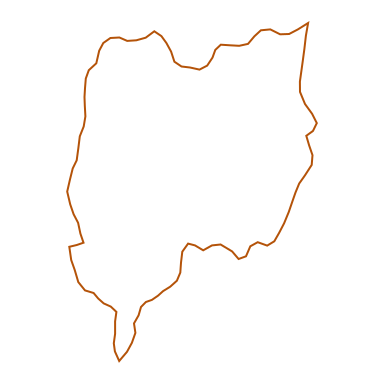 Capim Branco, Minas Gerais, Brazil
{"feature_id": "56859067B81738961349319", "entity_name": "Capim Branco", "entity_type": "district", "adm_level": 2, "iso_a3": "BRA", "parent_name": "Brazil", "parent_adm1": "Minas Gerais", "projection": "equal_earth", "projection_center": [-44.169, -19.58], "detail": "fine", "context": "isolated", "style": "outline", "palette": "amber", "viewbox_px": 384, "rotation_deg": 0, "n_neighbors": 0, "source": "geoboundaries", "source_scale": "gbopen_adm2", "svg_char_len": 1415}
<svg xmlns="http://www.w3.org/2000/svg" viewBox="0 0 384 384"><path d="M119.2,361.0L127.0,351.8L131.9,342.8L135.4,332.9L134.0,323.4L138.6,315.3L141.0,307.0L145.9,302.0L151.9,299.9L158.0,295.7L163.1,291.1L170.2,286.7L176.9,280.7L180.3,272.6L181.0,262.7L182.3,251.7L188.1,243.6L195.0,245.4L203.2,250.3L212.0,245.4L220.6,244.5L232.1,251.4L238.6,259.0L246.0,256.3L250.3,246.3L257.7,242.2L267.2,245.6L274.3,241.3L279.1,232.9L284.1,223.3L288.8,211.9L292.5,201.1L295.5,192.5L299.2,183.5L305.0,175.3L311.7,164.9L312.5,155.2L309.1,145.3L306.3,135.8L313.0,130.9L316.8,123.1L312.1,113.8L305.0,104.0L300.0,91.9L299.9,81.6L301.0,73.7L302.7,61.5L304.4,48.8L305.9,35.7L308.1,23.0L297.9,29.4L289.1,34.0L280.1,34.3L270.3,29.4L260.9,30.3L254.4,36.3L248.0,43.9L239.2,45.8L230.1,45.3L220.8,44.7L215.3,49.9L212.5,57.6L207.2,65.6L199.5,69.6L190.0,67.5L181.5,66.5L174.4,61.7L171.1,51.6L166.4,43.0L161.4,36.1L154.3,31.3L145.7,37.7L136.3,40.3L127.2,40.9L119.4,37.5L110.4,38.0L103.3,43.0L99.2,50.7L96.3,63.3L88.8,70.2L85.8,78.5L85.0,88.3L84.5,97.0L84.8,105.5L85.4,116.4L83.7,126.5L79.8,136.3L78.3,148.5L76.7,160.3L72.7,168.5L69.9,179.8L67.2,191.6L70.2,204.3L73.6,214.2L78.1,222.8L80.4,233.6L83.5,242.7L76.8,245.0L69.3,246.8L71.2,260.0L74.7,269.9L78.3,282.1L85.0,290.4L93.6,293.0L98.2,298.5L103.7,303.4L110.8,306.6L116.4,311.9L115.1,321.4L115.1,333.8L113.8,343.3L114.9,351.4L119.2,361.0Z" fill="none" stroke="#b45309" stroke-width="2"/></svg>